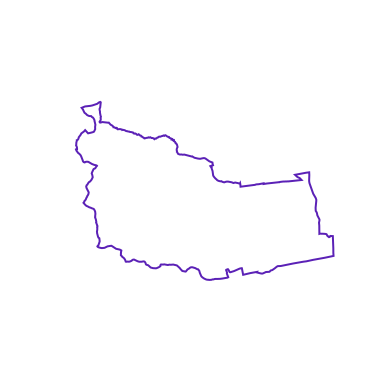 the district of Valea Crisului, Covasna, Romania, rotated 327°
{"feature_id": "2599482B16839946437883", "entity_name": "Valea Crisului", "entity_type": "district", "adm_level": 2, "iso_a3": "ROU", "parent_name": "Romania", "parent_adm1": "Covasna", "projection": "albers", "projection_center": [25.761, 45.953], "detail": "fine", "context": "isolated", "style": "outline", "palette": "violet", "viewbox_px": 384, "rotation_deg": 327, "n_neighbors": 0, "source": "geoboundaries", "source_scale": "gbopen_adm2", "svg_char_len": 5986}
<svg xmlns="http://www.w3.org/2000/svg" viewBox="0 0 384 384"><g transform="rotate(327 192 192)"><path d="M277.4,320.0L279.9,316.1L286.1,305.7L284.1,304.2L283.7,304.3L283.0,304.7L282.3,304.5L282.1,304.0L282.0,303.2L281.7,302.9L281.7,302.5L281.8,300.6L281.5,300.3L280.8,299.6L278.9,298.2L276.7,296.7L276.0,296.5L280.5,289.4L281.8,286.9L283.3,285.4L283.9,284.5L284.0,283.9L284.4,279.9L285.3,277.7L285.5,276.5L285.5,275.2L287.1,272.5L291.5,267.0L292.1,266.0L292.5,264.3L292.7,259.7L292.9,258.7L295.3,248.7L295.9,247.2L296.6,246.0L299.6,241.7L301.0,239.3L298.0,237.9L287.8,233.7L288.4,236.3L288.8,237.2L289.9,239.0L290.4,241.6L278.8,235.7L273.8,232.7L271.3,231.5L270.4,231.3L270.3,231.1L269.8,230.9L259.3,225.6L256.4,224.3L256.8,223.7L252.4,221.9L250.0,220.6L248.7,220.3L235.6,214.0L236.6,212.1L237.2,210.7L236.8,210.9L236.2,210.6L235.4,209.6L233.4,207.6L231.6,207.0L230.6,205.5L227.9,202.9L226.4,202.0L224.2,201.4L222.9,199.9L222.6,199.0L221.6,198.5L220.4,197.2L219.7,196.1L219.5,195.5L219.4,194.6L219.1,193.9L218.9,192.8L218.7,191.2L218.7,189.8L220.7,185.5L221.3,183.0L221.9,182.1L221.5,181.7L221.5,180.3L224.2,181.0L224.5,179.9L225.2,178.4L223.3,175.8L221.5,171.2L220.8,170.3L219.8,169.7L216.9,168.6L215.2,167.2L212.7,164.6L211.6,162.3L211.3,162.3L206.0,156.5L204.4,155.6L203.5,154.7L202.4,154.1L201.9,153.6L201.1,152.4L201.3,150.4L201.2,150.1L201.5,149.8L201.9,148.9L202.0,148.4L203.0,147.3L204.4,146.4L205.1,144.4L205.2,143.9L205.2,142.7L204.9,142.5L204.8,142.2L205.1,140.8L204.7,139.9L204.5,139.2L205.0,138.9L205.1,138.7L204.9,138.6L204.4,138.6L204.4,138.4L204.6,138.1L204.0,137.8L203.9,137.2L204.1,136.9L203.4,136.7L203.7,135.9L202.6,134.3L202.4,133.6L202.6,133.2L201.6,132.3L200.8,130.2L200.6,129.9L200.1,129.7L199.8,129.8L199.3,129.8L198.8,129.0L197.9,129.0L197.3,128.7L195.4,128.3L194.7,127.7L194.2,127.6L193.4,127.8L192.7,127.5L191.1,127.7L190.6,127.5L190.3,127.1L189.2,127.2L189.0,126.1L188.3,125.2L187.4,124.6L186.9,123.4L186.4,123.2L185.7,123.1L185.2,122.4L184.5,122.4L183.0,121.7L181.5,121.3L181.4,121.1L181.2,120.9L181.3,120.6L180.7,119.7L180.4,118.6L179.8,118.0L180.0,117.4L179.9,117.0L179.1,116.1L179.0,115.3L178.7,114.5L177.6,114.5L177.2,114.2L176.9,113.7L176.8,112.9L176.4,112.1L175.5,111.7L174.9,111.0L174.9,110.7L175.1,110.3L174.8,109.8L173.5,108.5L172.6,107.8L172.3,107.2L171.4,106.5L170.7,105.6L170.0,105.1L169.2,103.5L167.9,102.2L167.3,102.0L167.4,101.7L167.2,101.4L165.9,100.0L163.8,98.9L163.6,98.2L163.9,97.6L163.8,97.3L163.7,97.1L162.6,96.7L162.3,95.7L161.5,95.0L161.7,94.8L161.3,92.9L160.4,91.2L160.0,88.6L159.9,88.6L154.9,84.5L153.2,84.0L152.7,83.7L152.6,83.3L152.7,82.8L154.4,82.0L154.9,81.6L155.5,80.6L155.7,80.0L156.6,79.3L156.9,78.1L158.0,75.4L158.7,74.3L159.3,72.6L159.6,72.3L160.0,71.7L160.8,71.3L161.2,70.9L164.3,67.1L164.1,66.5L162.9,66.2L160.5,66.4L155.5,65.1L153.7,64.4L148.9,62.0L145.3,61.3L145.5,63.6L145.3,64.4L145.0,67.0L145.6,68.6L145.9,70.2L146.6,71.5L147.2,72.3L148.8,73.5L148.9,74.6L149.5,75.7L149.5,77.4L149.3,78.7L148.9,79.4L148.6,80.3L147.6,83.0L146.2,84.6L145.0,86.6L142.7,88.0L141.7,87.9L139.5,87.2L136.8,86.2L136.1,81.9L134.4,82.4L131.1,82.6L129.5,83.5L126.9,84.4L125.7,85.5L124.8,85.9L124.4,86.0L123.6,85.8L123.3,86.3L121.9,87.6L120.6,89.4L120.2,89.7L120.1,90.0L120.1,90.8L119.8,91.9L119.3,92.9L118.9,93.5L118.0,93.0L117.9,93.0L117.6,94.5L117.8,97.4L118.1,98.0L118.4,99.2L118.6,100.4L118.5,101.6L117.6,105.9L117.3,106.7L117.4,107.3L117.4,107.9L117.8,108.3L117.9,108.6L118.2,108.8L118.8,108.7L119.7,109.0L120.7,109.6L121.5,110.3L123.4,114.1L125.0,116.3L126.0,117.2L126.6,118.2L126.6,118.3L125.5,118.6L123.8,119.4L122.1,119.2L121.7,119.3L118.9,121.1L118.0,121.8L117.7,123.2L116.8,125.5L115.5,126.4L113.9,127.2L112.0,127.7L111.0,127.6L109.6,128.1L108.3,128.8L107.2,129.0L106.1,130.0L106.1,130.3L105.7,131.3L105.2,136.0L104.7,136.6L103.9,137.4L102.9,138.0L102.0,138.3L101.4,138.9L100.7,139.1L98.7,140.5L96.7,141.1L96.4,141.5L95.1,142.0L95.4,144.2L95.8,145.9L96.0,146.3L96.7,147.3L97.4,148.7L98.6,150.2L99.0,150.9L100.3,152.6L100.4,153.5L100.3,154.6L100.1,155.7L99.1,157.7L97.4,159.8L97.3,160.2L96.9,160.5L96.4,162.7L95.4,165.1L95.0,165.3L94.9,165.7L94.4,168.0L94.2,168.4L94.3,168.6L94.1,169.0L93.7,169.7L93.3,169.8L92.9,170.7L91.8,172.3L90.8,173.3L90.6,173.8L90.0,174.8L88.8,178.4L88.7,179.5L88.9,179.7L89.1,180.3L87.9,182.7L87.5,183.3L84.5,185.7L83.6,185.8L83.0,186.2L83.2,187.0L83.6,187.6L85.0,189.2L85.9,190.0L88.3,191.2L91.6,191.6L94.3,192.8L95.1,193.2L95.7,194.4L97.4,198.3L100.0,200.9L100.9,202.5L100.8,202.8L100.0,203.4L99.6,203.9L97.9,206.3L98.0,206.9L98.2,207.4L98.2,208.5L98.8,209.9L99.0,211.5L98.9,212.8L98.5,214.3L99.2,214.9L99.8,215.1L101.0,216.0L102.0,216.5L102.5,216.5L103.8,216.8L105.1,216.5L106.1,216.8L106.6,217.1L108.7,220.5L109.8,221.8L111.9,223.1L113.4,223.7L114.1,224.3L114.3,224.6L114.4,225.6L114.3,226.4L114.0,227.4L114.1,228.1L115.3,229.5L115.7,230.8L116.1,232.5L116.2,232.8L117.8,234.6L120.1,236.3L120.8,236.6L123.2,237.0L124.9,237.0L125.2,236.9L125.5,236.3L126.0,236.0L126.5,235.9L128.6,237.3L129.2,237.5L132.0,240.1L133.4,240.6L134.8,241.6L136.7,242.6L139.3,245.3L139.9,247.4L140.4,249.6L140.4,250.7L140.7,251.7L140.8,252.8L141.1,253.2L142.4,254.4L143.0,255.1L143.6,255.3L146.0,254.5L148.1,254.6L148.8,254.4L150.2,254.6L151.3,255.3L153.2,257.5L154.4,259.7L154.9,260.0L155.0,260.3L155.2,262.0L154.5,264.2L153.9,267.9L154.3,269.4L155.0,271.1L156.1,272.9L157.0,273.9L157.8,274.4L158.4,275.0L160.2,276.1L161.6,276.5L162.4,277.0L163.2,277.2L164.0,277.5L168.0,280.0L170.3,281.1L175.2,283.2L176.0,283.2L176.8,279.4L177.5,278.6L177.6,278.2L178.1,276.0L178.4,275.9L179.9,276.2L180.1,276.3L180.2,277.1L180.0,279.6L180.1,279.9L180.5,280.2L184.1,281.2L190.3,282.2L191.9,282.8L192.3,283.1L189.8,289.3L196.8,291.8L203.0,294.4L202.5,294.7L205.2,297.6L206.3,298.6L207.1,298.9L210.5,299.4L213.1,300.9L213.6,301.1L215.2,300.7L216.8,301.2L219.8,301.1L222.4,300.8L223.6,300.9L226.1,302.4L238.0,307.1L247.4,311.1L250.1,312.4L256.7,314.9L267.4,319.4L275.9,322.7L277.4,320.0Z" fill="none" stroke="#5b21b6" stroke-width="2"/></g></svg>